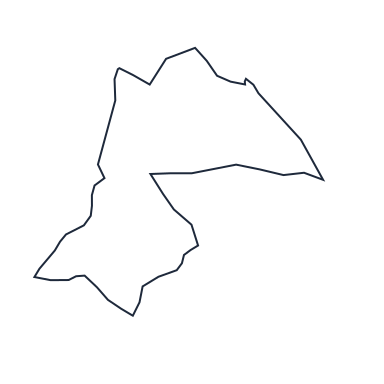 the border of San Pedro de Macorís, rotated 110°
{"feature_id": "DOM-1396", "entity_name": "San Pedro de Macorís", "entity_type": "Province", "adm_level": 1, "iso_a3": "DOM", "parent_name": "Dominican Republic", "parent_adm1": "", "projection": "robinson", "projection_center": [-69.33, 18.599], "detail": "fine", "context": "isolated", "style": "outline", "palette": "slate", "viewbox_px": 384, "rotation_deg": 110, "n_neighbors": 0, "source": "natural_earth", "source_scale": "10m", "svg_char_len": 850}
<svg xmlns="http://www.w3.org/2000/svg" viewBox="0 0 384 384"><g transform="rotate(110 192 192)"><path d="M325.8,311.0L316.2,309.1L293.9,300.9L283.8,299.0L275.0,295.9L260.3,282.2L249.0,279.0L239.2,281.3L229.2,285.0L219.2,285.8L208.9,279.0L198.3,289.8L132.2,295.4L112.4,303.4L102.0,303.7L100.5,302.6L102.3,287.2L105.5,268.5L75.7,261.9L55.5,238.4L63.7,223.0L74.2,208.2L75.1,193.5L72.8,178.9L70.1,180.2L67.2,180.0L70.2,171.0L76.5,163.3L105.6,107.6L135.7,73.0L135.6,93.3L144.8,111.8L147.6,136.1L151.2,159.9L162.8,179.2L174.4,198.5L181.5,218.0L189.3,237.2L203.7,218.6L214.6,203.1L222.9,181.3L240.2,168.0L246.9,173.4L253.9,178.0L262.4,177.1L270.7,179.6L283.1,194.5L297.6,206.1L313.6,203.6L328.5,205.3L325.9,218.8L322.1,234.1L314.0,248.8L307.3,264.3L310.8,272.1L316.9,277.8L323.2,294.7L325.8,311.0Z" fill="none" stroke="#1e293b" stroke-width="2"/></g></svg>